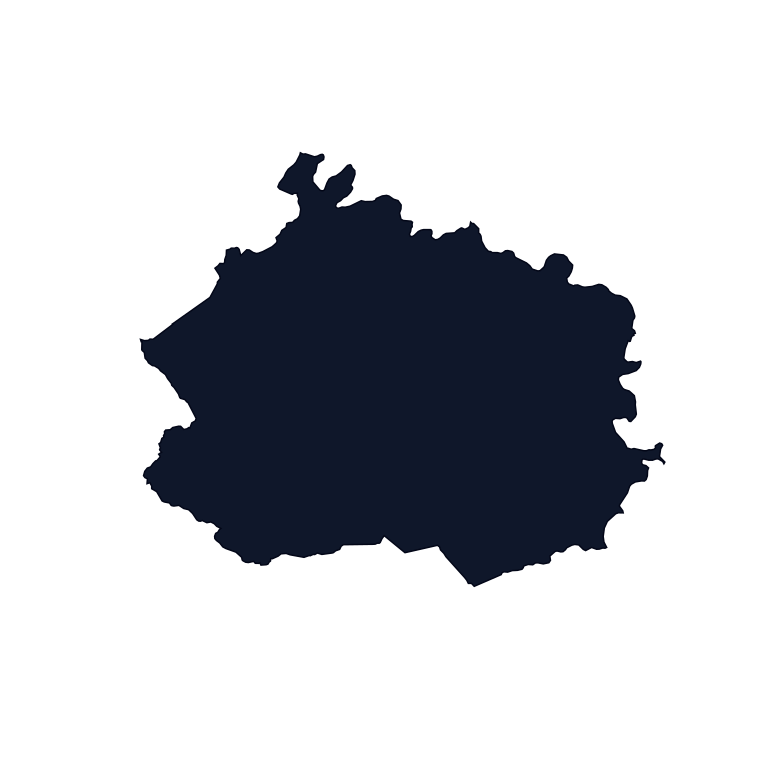 Iffou, N'zi-Comoé, Ivory Coast (Mercator projection), rotated 334°
{"feature_id": "98640826B12556457947993", "entity_name": "Iffou", "entity_type": "district", "adm_level": 2, "iso_a3": "CIV", "parent_name": "Ivory Coast", "parent_adm1": "N'zi-Comoé", "projection": "mercator", "projection_center": [-4.013, 7.499], "detail": "fine", "context": "isolated", "style": "filled", "palette": "ink", "viewbox_px": 768, "rotation_deg": 334, "n_neighbors": 0, "source": "geoboundaries", "source_scale": "gbopen_adm2", "svg_char_len": 6171}
<svg xmlns="http://www.w3.org/2000/svg" viewBox="0 0 768 768"><g transform="rotate(334 384 384)"><path d="M133.3,391.8L134.7,393.6L139.1,396.9L139.4,399.4L140.0,400.4L141.7,401.6L146.5,403.2L149.4,408.1L153.3,411.3L155.2,416.4L156.2,424.0L157.4,426.0L159.0,426.9L160.8,427.0L164.0,431.0L167.9,432.1L170.2,435.2L171.3,438.6L174.1,442.3L172.1,442.8L169.6,444.4L167.2,444.5L165.0,446.6L164.2,448.8L164.8,451.2L166.7,454.9L167.7,459.7L169.8,462.6L177.2,470.2L180.1,477.3L179.4,480.0L179.7,481.0L181.5,483.5L183.8,485.0L189.1,486.3L189.7,488.7L192.8,490.3L194.0,490.3L194.0,492.8L198.9,494.8L200.7,495.0L202.7,493.7L204.3,493.4L205.7,491.2L207.1,492.1L213.4,492.3L217.0,491.5L221.8,493.4L224.8,496.4L236.1,504.7L241.7,505.4L242.3,506.0L245.6,506.1L247.0,506.9L250.0,506.7L253.4,509.9L263.4,513.2L264.6,513.4L267.4,512.7L271.6,513.2L274.4,511.0L277.0,510.6L304.2,523.4L306.0,524.1L308.1,524.1L309.9,525.0L311.1,524.8L314.4,522.1L317.7,520.4L328.9,544.8L361.3,552.4L362.5,554.7L362.1,557.9L363.6,562.5L364.0,566.5L371.6,593.1L372.4,596.8L372.4,600.2L375.2,601.5L376.4,605.4L405.8,606.7L407.1,605.5L409.3,605.3L412.7,607.3L417.4,607.9L422.3,610.0L426.8,611.0L428.7,610.1L429.6,609.0L430.8,608.9L434.5,609.4L438.5,611.7L441.7,611.2L444.1,612.3L448.3,615.5L453.8,616.9L456.3,615.5L457.6,611.4L464.4,609.5L466.3,609.9L469.3,612.4L471.4,613.2L474.4,612.5L476.4,611.3L482.2,611.2L485.1,611.8L488.5,614.0L490.6,620.0L492.2,622.1L498.9,621.9L502.6,625.7L505.2,626.8L508.7,627.3L510.7,628.5L512.5,628.5L512.4,622.5L514.2,617.1L518.9,610.0L524.5,605.4L535.4,602.2L538.2,602.5L542.5,604.7L543.0,602.6L542.0,596.9L542.9,595.8L555.1,588.5L559.9,583.6L562.3,582.5L567.0,582.2L573.0,584.0L575.6,585.4L577.7,584.8L580.4,582.1L583.0,577.3L585.0,575.4L583.7,572.2L581.2,570.1L580.9,569.1L581.0,567.8L582.5,565.4L583.6,565.0L584.8,565.4L588.5,568.5L591.9,570.2L595.5,570.6L597.6,571.5L600.5,575.8L600.6,578.4L602.2,577.3L599.9,570.3L600.1,569.5L604.1,563.7L607.6,561.2L607.4,559.4L605.9,557.9L601.3,558.4L600.6,558.7L600.0,560.5L598.1,561.1L595.0,560.3L593.4,559.3L590.5,559.0L588.3,557.9L580.4,551.6L577.6,551.0L575.3,548.8L574.4,548.5L574.4,541.3L570.9,529.0L571.9,519.7L572.6,517.6L573.8,516.5L577.0,516.3L580.9,518.6L584.6,519.1L586.5,520.0L587.5,521.1L588.0,525.0L589.4,525.9L595.5,523.6L597.6,521.7L600.7,512.9L602.2,510.3L603.9,504.2L601.3,497.8L597.7,494.4L596.6,492.4L596.1,487.9L596.4,483.1L597.9,480.7L602.7,480.0L608.1,481.7L616.6,482.5L620.8,481.0L623.5,478.6L624.7,476.7L624.6,475.9L620.1,475.3L617.1,472.7L612.9,471.3L612.2,470.6L610.8,466.9L611.1,465.4L616.2,458.1L622.5,452.1L623.4,453.4L624.1,453.5L627.0,450.4L628.0,449.8L630.0,449.8L630.2,448.4L632.1,448.6L632.5,446.0L631.0,442.7L635.6,435.9L638.1,434.4L639.2,432.9L640.6,424.6L640.7,421.6L639.6,414.0L635.1,408.2L630.8,405.5L628.3,402.1L626.9,399.0L627.0,397.3L626.1,394.5L623.3,390.3L620.7,388.6L613.9,387.6L607.0,385.1L604.9,383.7L601.6,379.9L598.7,378.8L597.5,379.0L593.9,375.0L593.5,372.6L594.6,368.9L597.5,368.0L601.5,365.2L604.1,362.4L605.7,359.8L603.9,354.4L603.8,350.2L601.9,346.7L594.2,341.8L590.0,341.8L587.5,342.3L584.2,344.0L579.6,348.7L578.5,349.2L574.0,350.5L571.9,349.9L567.6,345.7L566.9,341.6L565.1,337.6L557.9,328.3L557.3,326.7L557.9,323.2L557.1,321.0L553.7,318.3L551.5,317.5L548.3,318.1L546.3,317.9L543.6,315.7L538.8,313.3L538.0,311.8L536.0,310.5L534.6,305.8L534.4,298.4L536.0,293.6L536.0,291.5L535.3,289.7L537.2,285.9L534.9,279.1L533.4,278.2L532.8,276.5L530.3,279.8L528.3,280.5L525.5,280.5L524.5,280.5L522.3,277.8L521.4,277.6L516.8,278.1L513.8,279.1L505.8,275.9L502.7,276.0L498.5,277.4L495.8,277.6L493.3,276.9L491.2,273.3L491.3,271.3L492.9,270.0L494.0,267.7L493.8,265.9L493.2,265.5L487.3,262.6L484.8,262.0L481.6,262.0L476.4,263.7L474.5,263.9L472.4,263.1L472.5,260.5L474.7,258.6L476.8,255.7L478.3,255.1L479.2,252.8L480.5,251.1L479.7,249.5L473.0,245.5L471.5,243.3L472.9,237.1L476.0,234.1L477.9,230.6L477.0,225.3L473.6,222.1L470.9,217.3L469.0,215.6L464.8,214.2L458.4,213.9L456.7,215.2L453.7,214.9L447.0,211.8L443.9,209.3L431.4,209.3L426.6,208.1L423.8,206.5L420.4,206.2L419.0,205.4L418.3,203.5L419.0,202.1L421.3,200.4L425.3,200.2L429.1,198.8L432.9,198.8L438.0,196.9L441.3,194.7L441.9,193.3L441.3,191.0L441.7,190.2L445.3,187.5L449.9,182.7L451.3,179.4L450.1,175.6L450.4,173.2L449.8,172.1L447.0,171.6L438.8,174.8L432.2,176.0L428.1,175.2L424.5,175.7L420.9,178.3L415.6,183.4L413.9,183.6L412.3,182.7L411.4,181.7L408.7,171.1L410.8,166.2L412.3,164.8L415.4,163.5L420.7,156.7L428.1,155.7L429.6,153.6L429.9,151.5L429.2,150.5L427.5,150.0L424.0,150.0L421.1,149.3L414.4,142.8L411.9,141.8L410.2,139.5L408.8,141.2L402.3,146.1L399.0,147.5L392.1,149.0L388.2,151.3L384.8,154.2L378.2,157.4L375.0,160.3L375.7,163.0L384.0,172.7L384.9,173.4L386.7,173.2L389.8,174.6L388.8,176.2L388.7,180.1L387.0,182.1L386.5,183.9L386.5,187.4L385.7,190.5L382.0,195.8L378.7,197.5L375.3,197.6L372.7,198.7L369.4,197.3L367.0,197.1L364.6,200.4L359.5,201.1L356.3,203.8L351.1,205.1L350.7,208.7L349.0,210.1L343.6,211.6L333.1,211.9L328.4,211.4L326.4,210.7L324.0,208.4L321.7,204.5L319.5,203.2L311.6,205.8L312.8,199.4L312.2,197.4L311.1,196.6L309.3,196.5L306.2,194.9L304.6,195.3L301.1,194.6L298.6,199.2L295.5,202.3L294.0,204.9L292.6,205.5L289.4,203.7L286.7,205.0L282.8,205.8L283.8,214.0L283.2,217.3L278.9,219.4L278.0,221.0L265.5,229.9L220.2,237.3L220.5,237.8L196.1,242.6L193.3,241.0L191.4,241.5L187.7,240.0L184.7,237.2L184.3,239.6L185.0,239.9L181.4,246.8L181.3,247.8L182.4,250.5L180.6,256.1L181.6,259.3L181.6,261.7L183.9,265.9L185.7,267.1L188.3,271.2L188.9,274.2L191.7,279.7L191.9,284.3L193.1,290.0L192.7,292.2L193.8,295.1L194.9,302.8L194.5,306.6L194.8,307.6L198.2,310.7L198.9,313.6L199.7,314.8L200.1,332.7L198.1,334.5L194.2,334.7L190.3,338.4L189.5,337.6L187.1,337.9L184.1,337.1L182.7,332.9L180.9,331.9L175.0,330.5L171.8,331.4L167.6,329.7L167.0,330.0L165.8,330.5L165.0,332.6L163.3,333.6L162.8,335.3L160.5,335.5L157.6,338.7L155.5,339.1L155.0,343.6L153.7,344.3L153.5,345.2L154.2,347.8L150.7,348.3L151.1,350.8L150.6,351.5L146.5,353.3L145.0,353.0L141.4,354.3L137.9,356.2L134.4,355.8L130.7,357.6L127.7,361.0L128.1,363.3L129.8,365.5L127.3,369.7L130.3,370.1L130.5,373.8L129.3,376.3L132.5,381.1L133.3,391.8Z" fill="#0f172a" stroke="#020617" stroke-width="1.5"/></g></svg>